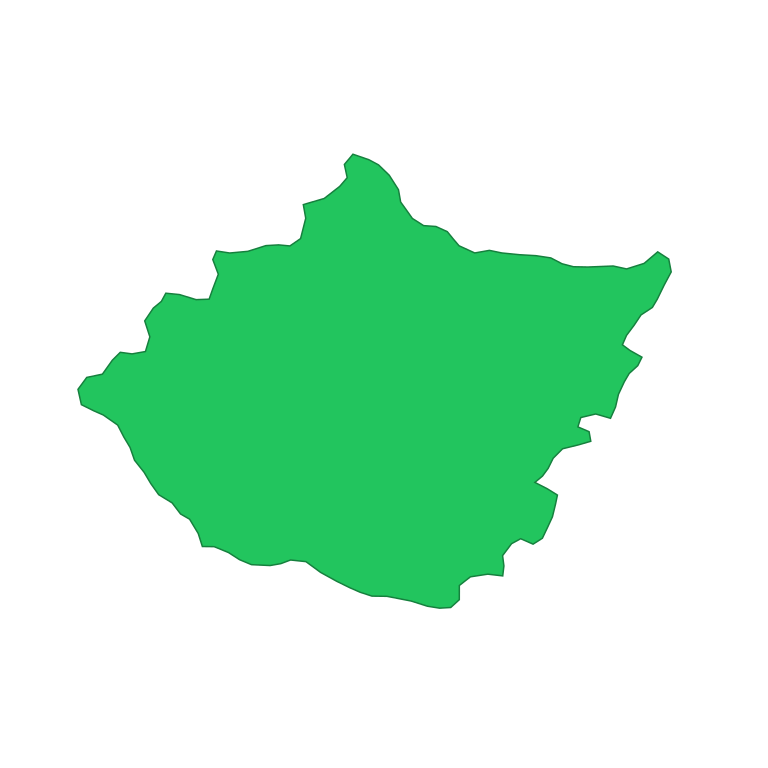 outline of Paraíso, São Paulo, Brazil, rotated 80°
{"feature_id": "56859067B54072387385394", "entity_name": "Paraíso", "entity_type": "district", "adm_level": 2, "iso_a3": "BRA", "parent_name": "Brazil", "parent_adm1": "São Paulo", "projection": "natural_earth1", "projection_center": [-48.767, -21.017], "detail": "fine", "context": "isolated", "style": "filled", "palette": "green", "viewbox_px": 768, "rotation_deg": 80, "n_neighbors": 0, "source": "geoboundaries", "source_scale": "gbopen_adm2", "svg_char_len": 1785}
<svg xmlns="http://www.w3.org/2000/svg" viewBox="0 0 768 768"><g transform="rotate(80 384 384)"><path d="M301.4,91.5L310.4,106.9L312.8,125.1L307.6,137.8L304.2,162.9L301.4,177.1L296.5,187.8L288.8,197.8L284.0,212.1L280.2,228.1L275.4,245.2L270.7,257.0L270.7,271.9L260.9,286.1L252.9,290.8L245.0,295.2L237.9,305.5L234.9,317.5L225.9,327.3L216.2,331.9L207.7,336.0L195.2,336.0L179.3,342.6L167.3,351.3L160.6,359.8L152.3,374.7L160.9,384.9L174.4,384.4L181.7,393.3L190.9,410.7L193.3,432.3L207.2,432.3L226.3,440.9L231.7,452.7L228.7,463.6L227.2,476.3L229.7,495.0L228.2,513.2L223.9,525.9L231.7,531.0L247.1,528.1L260.6,536.1L270.1,541.5L268.3,554.4L260.4,569.9L256.7,583.1L264.0,588.9L269.2,598.0L280.3,608.7L296.9,606.4L310.6,613.3L310.6,626.9L307.0,638.2L313.4,647.4L325.4,659.6L325.9,675.6L336.1,686.3L351.8,685.6L360.0,674.5L365.8,665.8L378.2,653.4L391.1,649.4L402.4,645.1L415.8,642.9L429.3,635.6L441.7,630.9L453.9,625.1L464.3,613.3L476.7,606.9L483.4,598.9L499.0,592.9L512.5,591.1L514.7,579.5L523.0,566.4L531.9,556.8L538.9,545.9L543.0,527.7L543.0,516.8L541.1,506.6L545.4,491.7L558.5,479.2L570.2,464.7L578.8,452.9L585.0,443.6L590.8,432.7L593.6,418.0L602.4,395.1L610.4,379.8L614.4,368.2L615.7,357.1L609.5,347.3L595.5,344.8L588.9,332.4L589.3,314.8L593.6,300.4L584.0,297.5L573.6,297.0L563.4,286.1L560.1,276.3L567.6,265.0L563.4,254.8L553.7,247.9L544.1,241.2L532.0,235.9L523.5,232.5L515.7,241.2L507.1,252.5L502.2,243.9L495.6,237.0L486.5,230.3L478.8,219.4L477.7,202.9L476.3,190.3L466.6,190.3L459.9,200.5L451.2,196.0L450.3,180.7L457.1,166.9L446.9,160.0L434.9,154.9L423.5,146.9L416.2,140.7L410.0,130.9L402.4,125.3L393.6,136.0L386.8,142.4L378.2,136.7L369.6,127.5L360.6,118.9L355.2,106.4L348.0,100.2L335.1,90.8L323.5,81.7L310.4,81.9L301.4,91.5Z" fill="#22c55e" stroke="#15803d" stroke-width="1.5"/></g></svg>